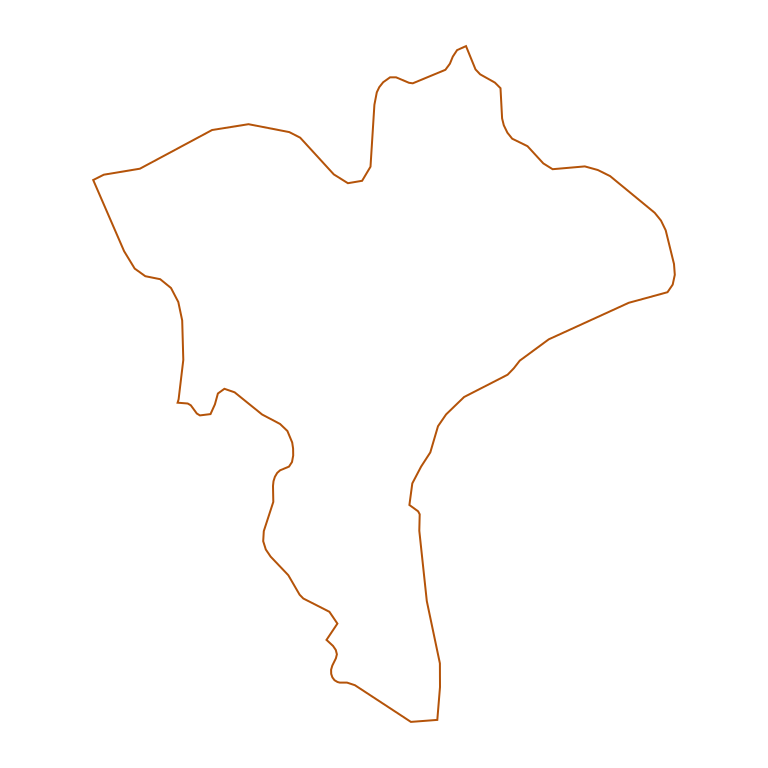 an SVG outline of Catanzaro
{"feature_id": "ITA-5393", "entity_name": "Catanzaro", "entity_type": "Province", "adm_level": 1, "iso_a3": "ITA", "parent_name": "Italy", "parent_adm1": "", "projection": "mercator", "projection_center": [16.48, 38.83], "detail": "fine", "context": "isolated", "style": "outline", "palette": "amber", "viewbox_px": 768, "rotation_deg": 0, "n_neighbors": 0, "source": "natural_earth", "source_scale": "10m", "svg_char_len": 1586}
<svg xmlns="http://www.w3.org/2000/svg" viewBox="0 0 768 768"><path d="M667.5,292.2L628.7,302.8L548.8,339.3L519.8,360.6L513.8,368.3L507.6,374.7L464.1,397.0L446.1,414.4L438.0,426.2L430.3,452.4L421.1,466.6L412.3,483.4L409.4,505.0L418.1,511.3L419.7,514.3L419.3,530.8L426.8,601.1L439.9,663.4L440.0,687.1L437.3,719.9L410.9,721.9L354.9,685.2L347.0,682.6L339.8,682.6L337.5,682.0L334.5,680.2L332.4,677.4L331.2,673.9L331.1,669.7L332.3,665.6L335.9,658.3L336.9,654.3L335.8,650.0L333.0,645.9L326.5,639.9L337.4,623.6L329.4,611.8L303.3,598.5L299.6,594.7L288.3,575.2L270.6,556.6L265.8,549.5L263.2,541.2L263.8,531.1L273.3,501.9L273.0,485.9L273.5,481.2L274.9,476.8L277.2,472.9L280.1,470.3L289.0,466.6L292.0,462.0L293.2,455.5L293.1,448.6L292.2,442.5L287.4,431.0L280.1,424.0L262.1,414.5L234.6,392.3L224.4,388.8L217.9,393.5L214.9,404.4L210.5,414.1L199.9,415.4L196.8,413.5L190.8,405.3L187.7,403.5L177.6,402.7L178.6,399.3L183.3,359.9L182.2,320.5L178.3,302.0L171.0,288.0L160.2,279.2L145.3,276.2L134.7,268.6L124.1,251.2L93.2,180.0L103.8,174.7L139.9,168.7L212.1,130.0L248.5,124.2L289.3,132.1L300.2,137.7L333.8,174.4L347.9,183.2L362.1,180.8L370.5,166.7L374.4,104.8L376.8,92.3L379.3,87.1L383.2,82.2L390.1,77.3L396.0,77.3L409.0,82.8L412.8,83.3L445.4,69.8L449.9,63.7L452.8,56.6L457.1,50.1L466.0,46.1L475.5,69.4L480.1,74.3L494.9,82.6L500.5,88.2L502.1,118.4L503.8,125.3L507.4,132.7L512.2,138.7L527.5,146.2L543.3,163.4L552.6,169.2L584.8,166.4L597.8,170.0L610.1,176.1L654.7,212.8L661.0,220.6L665.7,230.3L674.0,264.0L674.8,274.8L672.7,284.6L667.5,292.2L667.5,292.2Z" fill="none" stroke="#b45309" stroke-width="2"/></svg>